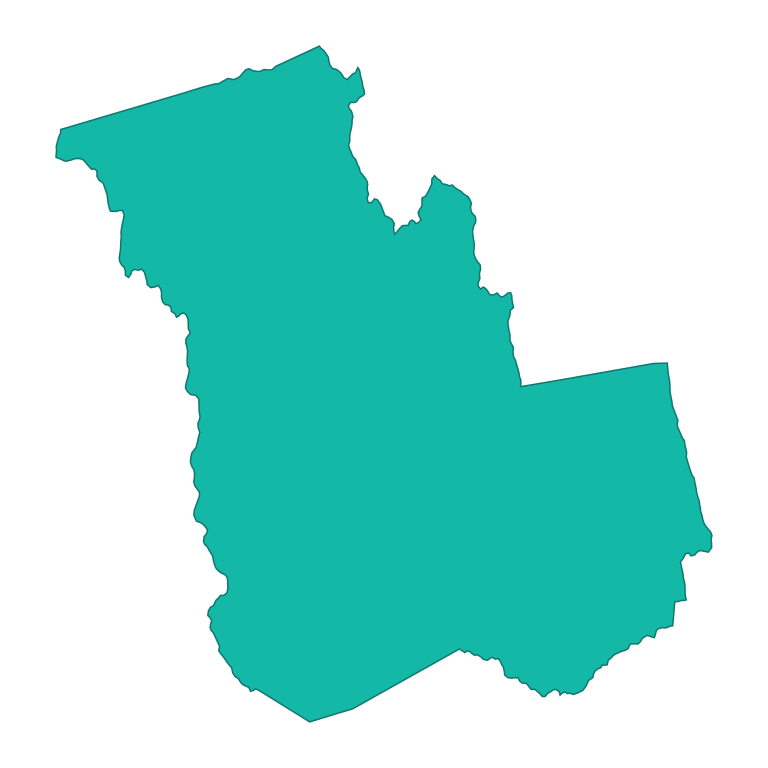 Oliveira dos Brejinhos, Bahia, Brazil (Equal Earth projection)
{"feature_id": "56859067B61513523876445", "entity_name": "Oliveira dos Brejinhos", "entity_type": "district", "adm_level": 2, "iso_a3": "BRA", "parent_name": "Brazil", "parent_adm1": "Bahia", "projection": "equal_earth", "projection_center": [-42.732, -12.256], "detail": "fine", "context": "isolated", "style": "filled", "palette": "teal", "viewbox_px": 768, "rotation_deg": 0, "n_neighbors": 0, "source": "geoboundaries", "source_scale": "gbopen_adm2", "svg_char_len": 6040}
<svg xmlns="http://www.w3.org/2000/svg" viewBox="0 0 768 768"><path d="M459.4,649.0L462.0,650.6L464.9,652.6L467.3,650.9L470.0,651.7L472.2,653.7L474.5,655.2L477.3,654.9L480.8,656.8L483.2,659.3L487.6,660.3L490.4,658.0L492.8,657.5L495.4,659.2L498.4,658.5L500.6,661.8L501.7,664.6L503.3,667.2L504.2,670.8L504.8,675.1L507.8,677.6L511.7,678.2L514.6,677.7L517.9,677.8L519.8,681.2L522.2,683.1L526.2,683.3L528.5,686.0L531.0,689.4L534.9,689.4L537.7,691.8L540.1,694.0L542.4,696.5L545.0,696.5L548.2,693.0L551.3,691.3L553.5,689.6L556.4,689.6L559.2,691.7L560.1,695.1L562.7,692.7L565.0,692.0L567.3,693.5L570.3,693.3L573.3,694.5L577.2,693.2L582.8,690.4L584.6,688.1L586.5,685.1L588.5,680.5L592.8,677.7L593.7,673.6L595.1,671.1L597.8,668.9L600.8,667.7L602.3,665.0L604.7,665.2L607.1,664.9L608.3,660.2L611.1,657.9L613.5,655.2L616.2,653.7L622.0,651.2L624.7,650.5L628.1,648.7L630.2,644.0L633.8,643.8L638.0,644.0L640.5,641.6L642.3,638.4L644.5,636.9L647.5,635.4L651.7,636.9L654.3,637.6L655.5,634.0L656.5,630.0L659.5,628.3L662.6,627.6L664.9,628.0L667.8,627.3L669.9,626.1L672.7,625.9L674.8,601.7L677.9,601.6L681.3,600.5L684.1,600.5L686.3,599.9L685.2,595.5L685.0,587.1L684.7,583.2L683.3,577.3L682.9,573.4L680.4,562.1L682.7,559.1L685.6,553.8L688.7,553.0L691.0,555.9L694.6,555.0L697.2,552.0L700.1,550.5L708.4,552.1L711.7,547.5L711.5,542.8L711.0,539.3L712.0,535.5L710.5,531.8L705.9,526.4L704.0,523.2L702.8,519.6L702.0,515.4L700.7,511.7L700.4,508.0L699.6,504.5L699.2,500.9L697.9,497.3L696.7,492.9L696.0,488.0L694.9,482.9L694.1,478.2L692.0,475.0L690.5,470.9L689.0,466.4L686.3,457.1L686.6,451.9L684.9,444.7L684.4,440.7L682.4,437.9L677.5,426.8L677.3,423.5L677.9,420.4L672.4,405.9L671.9,401.5L670.4,394.0L670.0,390.9L670.0,387.2L669.7,382.4L669.2,378.6L668.5,375.3L667.8,369.6L667.3,363.1L653.4,363.5L552.6,381.3L520.6,386.6L520.9,382.8L520.6,379.3L519.5,376.7L518.9,372.6L517.9,368.7L516.4,364.1L515.6,360.6L513.4,356.2L513.0,352.2L513.3,347.2L511.1,343.4L510.0,340.4L510.0,335.0L508.9,330.0L508.1,325.2L508.0,320.7L509.9,315.6L510.4,310.2L513.5,307.7L512.8,304.4L512.0,300.1L511.8,295.7L510.6,292.7L507.9,293.0L504.4,295.9L501.6,297.2L499.5,295.7L497.1,293.0L493.3,295.0L489.6,294.6L487.6,291.0L485.6,288.5L483.2,287.1L480.5,289.1L478.1,286.0L478.3,282.6L479.9,278.5L479.4,273.5L480.6,269.1L480.1,264.8L477.7,262.0L475.7,258.8L474.3,255.4L473.7,252.2L474.1,248.3L474.2,243.3L473.3,238.2L472.5,231.7L473.7,225.9L475.5,222.7L475.8,219.4L475.1,216.2L472.5,213.8L471.1,211.1L470.5,207.2L471.4,203.5L470.4,200.8L468.2,196.8L463.6,193.9L460.7,191.1L457.2,189.2L454.6,187.3L452.3,185.0L449.4,185.8L445.7,184.4L442.2,183.8L440.3,180.6L437.4,178.7L434.5,175.6L431.9,179.0L431.7,184.1L430.1,187.7L428.2,191.6L425.7,196.1L422.0,198.1L422.0,205.9L419.7,209.4L418.2,212.3L419.1,216.0L421.1,219.8L418.7,222.5L415.9,223.6L414.1,221.2L411.8,220.0L409.8,221.6L408.1,225.4L405.5,225.4L402.3,225.7L399.1,229.2L396.4,232.6L394.5,234.2L393.8,230.7L393.6,227.3L394.3,223.6L391.9,219.4L388.2,217.0L384.9,215.8L383.5,211.9L380.7,204.4L377.4,199.8L374.5,198.9L371.8,202.4L368.3,202.9L367.1,198.2L368.5,194.1L367.4,190.5L367.2,187.4L367.7,184.4L366.9,180.9L365.1,177.9L360.2,172.0L359.4,168.3L357.6,164.8L355.6,159.4L352.7,156.4L351.2,152.2L349.8,149.2L348.6,145.0L349.8,140.9L349.7,137.3L350.0,133.7L351.5,127.5L352.0,123.9L352.1,120.1L352.9,116.9L352.2,113.5L351.2,110.7L349.3,108.8L348.4,105.4L351.0,102.2L353.6,102.6L356.2,101.9L359.3,97.7L362.5,95.9L364.5,94.0L364.2,90.9L362.8,86.2L362.1,81.8L360.3,74.9L359.6,70.5L357.8,67.6L355.5,72.7L352.4,74.1L349.9,76.9L347.1,79.5L344.0,77.9L340.8,72.9L337.6,70.2L335.4,69.0L332.7,68.7L330.0,65.3L328.8,60.9L328.3,57.2L326.0,53.5L323.7,50.4L321.0,48.4L319.4,46.1L275.8,66.3L271.9,69.8L267.9,70.0L265.1,69.5L262.8,70.0L260.5,71.3L257.6,71.5L253.0,70.7L248.8,68.7L245.8,69.8L243.1,72.7L240.0,76.4L236.5,78.6L233.1,79.6L230.5,78.9L227.7,78.5L224.8,80.2L222.2,81.6L218.5,83.8L214.9,83.9L202.6,87.2L191.4,90.6L186.2,92.3L60.7,129.5L60.6,133.1L59.1,136.3L58.0,139.5L56.3,146.3L56.5,151.1L56.0,157.3L60.4,159.0L64.1,160.8L66.5,161.2L71.3,160.0L74.1,158.9L77.1,158.5L80.5,158.7L83.4,159.9L91.3,169.1L94.9,169.1L97.0,171.0L97.0,176.4L98.8,179.9L103.2,183.1L107.1,194.7L108.1,202.8L109.2,207.9L110.4,211.1L113.4,211.4L116.7,211.4L119.6,210.4L122.6,210.6L124.1,215.0L123.3,220.0L122.2,224.4L121.3,229.7L121.0,233.5L121.3,236.7L120.9,240.3L120.5,249.1L119.9,253.8L119.2,258.1L120.0,262.2L121.6,264.8L124.5,268.0L125.3,271.3L125.4,275.2L128.6,277.5L130.8,274.3L131.9,270.8L134.9,269.4L138.4,270.3L141.5,269.1L144.4,272.1L146.8,280.9L147.2,284.5L150.7,287.6L154.8,287.0L158.2,285.4L160.6,288.8L161.5,292.1L161.5,297.4L162.6,301.8L165.2,304.7L168.1,305.0L170.8,307.0L171.4,311.4L175.0,313.7L176.5,317.2L178.6,316.2L180.9,313.7L183.7,313.0L186.1,314.8L187.9,318.7L188.3,323.1L188.3,328.3L190.2,333.1L187.4,336.7L185.9,339.4L185.8,343.0L186.9,346.6L187.6,351.4L187.3,356.0L187.1,360.3L187.4,365.6L189.2,368.5L189.1,372.2L187.5,378.5L186.0,383.7L185.5,387.9L187.3,391.4L190.5,394.5L195.6,395.3L198.8,398.8L199.2,412.0L200.1,416.6L199.3,420.3L197.9,423.3L198.1,427.3L199.8,432.4L198.5,437.1L197.4,442.5L196.0,447.6L193.7,450.4L191.8,453.1L190.9,457.0L190.4,462.0L191.9,466.6L193.7,469.4L194.5,473.2L194.5,476.4L193.8,481.9L194.7,485.5L196.5,488.1L199.3,491.9L199.6,495.7L194.3,510.1L193.8,514.7L194.8,517.5L196.5,521.2L200.0,522.4L203.1,524.2L205.9,527.5L207.6,530.6L206.4,534.0L204.1,536.6L203.5,541.7L205.0,544.7L207.4,546.8L209.3,550.7L211.2,553.5L212.6,556.0L213.3,559.9L214.4,564.3L215.7,567.7L217.6,570.1L220.7,572.7L224.8,574.6L226.9,576.9L227.7,580.1L227.7,583.3L227.9,587.9L227.1,592.6L223.9,595.3L220.4,595.5L218.4,598.1L216.1,600.2L213.2,606.0L210.6,607.1L208.4,610.9L207.8,615.5L209.8,617.4L211.7,620.5L210.5,624.5L210.2,627.7L211.2,630.6L213.3,632.7L219.6,646.3L218.7,650.6L220.7,653.6L223.0,656.4L228.5,664.2L231.7,667.9L232.7,672.8L235.1,676.6L238.2,678.5L240.5,682.1L242.5,684.4L245.1,685.8L248.8,687.4L250.5,691.3L253.1,690.5L255.4,688.9L258.3,690.0L309.7,721.9L335.9,713.8L352.5,708.9L459.4,649.0Z" fill="#14b8a6" stroke="#0f766e" stroke-width="1.5"/></svg>